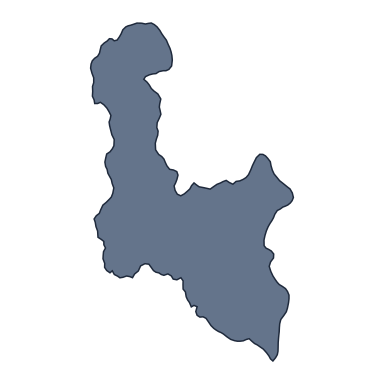 the district of Japonvar, Minas Gerais, Brazil
{"feature_id": "56859067B29398843166976", "entity_name": "Japonvar", "entity_type": "district", "adm_level": 2, "iso_a3": "BRA", "parent_name": "Brazil", "parent_adm1": "Minas Gerais", "projection": "equal_earth", "projection_center": [-44.329, -15.933], "detail": "fine", "context": "isolated", "style": "filled", "palette": "slate", "viewbox_px": 384, "rotation_deg": 0, "n_neighbors": 0, "source": "geoboundaries", "source_scale": "gbopen_adm2", "svg_char_len": 3542}
<svg xmlns="http://www.w3.org/2000/svg" viewBox="0 0 384 384"><path d="M272.9,361.0L275.6,357.7L277.3,354.7L278.0,351.2L278.1,347.6L278.2,342.6L278.5,338.7L278.8,335.3L279.2,331.7L279.4,327.5L279.7,323.8L280.8,319.5L283.8,315.5L286.3,311.8L287.4,308.3L288.5,302.9L289.0,298.7L289.0,295.1L287.5,291.5L285.5,288.6L282.5,286.5L279.2,284.5L277.2,282.3L275.2,279.5L272.9,275.9L270.8,271.4L269.2,266.3L270.6,261.9L273.5,258.0L273.7,254.0L271.3,251.0L268.5,249.3L266.1,248.2L264.1,245.7L264.0,240.0L265.0,235.4L266.4,230.8L268.1,226.8L269.9,223.6L271.9,220.6L273.5,217.7L274.8,214.3L277.3,210.5L280.1,209.1L282.8,207.1L285.2,206.2L287.8,205.0L290.3,203.0L292.1,200.7L293.4,197.5L292.3,192.9L290.0,188.9L287.7,187.2L285.5,185.4L282.9,183.3L279.6,180.7L276.6,177.0L274.1,174.0L272.3,170.1L271.0,165.6L270.3,161.7L267.7,158.3L265.5,155.9L262.9,154.4L259.8,154.3L256.4,157.6L254.1,162.2L252.5,165.5L250.8,169.8L248.5,174.7L246.1,177.5L243.3,179.3L239.8,180.9L236.1,181.4L232.9,184.2L229.3,182.5L226.2,180.4L223.0,181.6L220.4,183.0L217.0,184.3L213.1,187.0L210.2,189.1L207.1,188.4L203.4,187.6L199.1,186.8L196.2,184.7L194.0,182.9L191.6,185.6L189.8,189.0L187.4,191.2L184.4,193.8L180.8,195.8L177.3,194.2L175.1,190.4L174.1,185.9L175.6,182.9L176.9,179.5L178.0,175.1L176.8,171.6L173.5,170.0L169.6,169.3L166.9,165.8L165.3,162.4L163.9,159.0L161.7,156.5L158.7,154.5L155.6,149.8L155.3,143.2L156.5,138.7L157.7,135.3L158.1,131.1L156.8,127.6L157.2,122.6L159.2,118.4L160.9,114.3L160.1,110.4L159.3,107.1L159.7,103.9L160.8,99.0L157.9,94.0L153.9,91.0L151.3,88.5L149.4,85.2L147.1,82.2L143.8,79.3L145.5,76.6L149.4,74.8L152.9,73.9L156.0,73.6L159.0,71.6L163.2,70.7L166.0,70.7L168.9,69.4L171.6,66.0L172.3,60.1L171.9,55.6L171.1,51.9L170.0,48.4L168.1,44.3L166.4,40.2L163.6,36.4L161.6,33.5L159.9,30.5L157.0,26.8L154.3,24.6L151.3,23.0L148.2,23.4L145.4,24.0L141.7,23.2L136.9,23.1L133.7,24.2L130.7,25.2L128.2,25.8L125.8,26.9L122.9,29.7L121.1,33.9L119.3,37.0L117.1,40.1L114.2,40.8L112.0,38.9L109.4,38.7L107.2,41.0L104.2,43.0L101.2,45.9L100.3,49.6L99.5,53.1L97.6,56.3L94.6,58.3L92.3,60.8L91.1,64.0L90.6,68.2L92.0,73.3L93.7,77.8L93.7,82.7L92.5,86.5L92.7,91.5L92.4,96.2L94.1,99.9L94.7,103.5L97.6,103.5L100.4,102.3L103.9,104.8L106.9,108.1L109.1,111.8L110.9,115.4L110.2,119.0L109.1,122.0L109.6,125.6L110.6,129.7L111.9,134.8L114.2,139.5L113.9,145.8L112.2,149.0L110.0,151.8L106.7,154.0L105.7,158.1L104.9,162.1L105.6,166.4L107.1,169.4L107.9,173.3L109.7,176.6L111.3,179.5L112.2,183.6L113.8,187.9L112.8,193.3L111.3,197.1L109.4,199.2L106.2,202.4L102.9,205.1L100.7,209.8L99.3,213.4L96.3,215.7L94.1,219.0L95.2,222.1L96.0,226.7L97.6,231.0L98.0,237.3L101.1,239.3L103.8,241.4L103.9,244.8L105.5,248.0L103.5,251.7L103.2,255.2L103.0,258.8L104.7,263.3L104.6,267.4L106.7,270.5L110.0,272.8L112.3,270.8L114.3,274.5L117.7,276.2L119.9,277.8L122.9,277.3L126.6,276.0L129.8,276.6L132.5,277.7L134.6,274.0L138.3,271.0L140.6,265.9L144.9,263.7L148.9,264.2L151.5,267.8L153.5,270.6L155.9,272.2L158.9,272.9L161.3,274.5L163.9,275.3L167.9,273.9L171.3,275.9L173.2,279.1L176.9,279.8L180.9,277.7L183.1,280.9L183.0,284.5L183.1,289.1L185.4,291.9L186.2,296.8L187.6,299.9L189.5,302.6L191.3,306.9L194.0,305.4L197.1,306.7L195.8,311.6L197.1,315.3L199.9,317.1L203.1,316.8L206.1,318.4L208.3,321.6L211.0,325.6L213.8,328.4L215.9,329.9L218.5,331.5L221.1,332.6L223.4,334.0L226.9,336.8L230.7,339.4L234.6,340.7L237.4,341.2L240.1,341.2L243.3,340.8L246.5,339.4L249.2,338.7L251.6,341.0L254.5,343.5L257.3,344.9L259.7,346.6L263.3,349.1L266.6,352.8L268.9,355.9L270.5,358.9L272.9,361.0Z" fill="#64748b" stroke="#1e293b" stroke-width="1.5"/></svg>